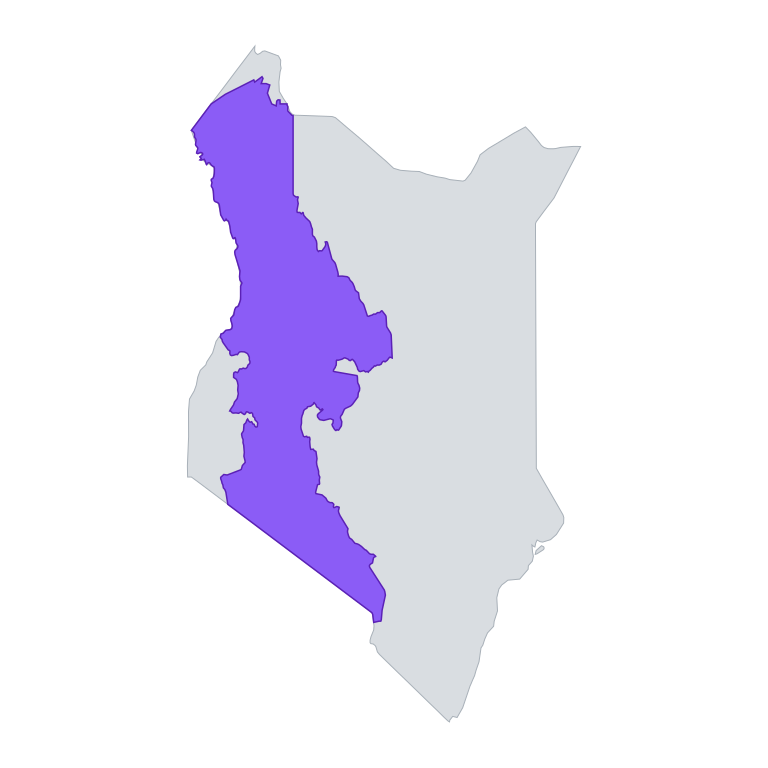 location of Rift Valley within Kenya
{"feature_id": "KEN-890", "entity_name": "Rift Valley", "entity_type": "Province", "adm_level": 1, "iso_a3": "KEN", "parent_name": "Kenya", "parent_adm1": "", "projection": "equal_earth", "projection_center": [36.059, 0.919], "detail": "fine", "context": "in_parent", "style": "filled", "palette": "violet", "viewbox_px": 768, "rotation_deg": 0, "n_neighbors": 0, "source": "natural_earth", "source_scale": "10m", "svg_char_len": 8865}
<svg xmlns="http://www.w3.org/2000/svg" viewBox="0 0 768 768"><path d="M187.6,477.0L187.4,465.7L188.6,436.9L188.5,411.6L189.5,399.0L194.2,390.9L196.3,385.1L197.8,377.0L200.3,370.3L205.8,364.9L206.8,361.9L212.6,352.9L216.1,341.3L218.7,337.4L222.0,333.7L224.3,331.8L228.2,329.9L231.2,328.8L231.7,327.9L232.0,326.0L231.0,318.8L232.2,316.4L234.3,311.6L236.6,307.2L238.7,304.3L239.9,301.4L240.5,296.3L240.6,292.7L240.5,286.9L239.9,273.6L237.4,262.4L235.9,250.0L237.0,245.9L235.1,238.6L234.1,238.2L232.5,236.6L230.5,229.7L229.0,223.4L228.0,221.8L221.4,216.3L218.1,203.4L214.5,200.5L212.5,187.6L212.1,184.0L214.2,171.1L214.0,168.2L211.8,165.5L205.6,162.7L200.6,157.4L201.2,155.6L201.6,153.6L198.9,152.3L191.3,130.4L201.2,117.2L211.2,103.8L224.0,87.0L235.7,71.4L245.9,58.0L254.9,46.1L254.7,48.4L254.7,51.4L255.9,53.2L257.7,54.5L260.3,53.2L262.6,51.3L264.8,50.9L278.4,55.9L280.7,60.2L280.5,64.9L281.1,68.3L280.1,71.7L278.9,82.0L279.3,91.4L283.3,98.4L287.0,103.9L289.9,111.6L292.0,114.0L294.9,115.2L304.3,115.5L318.1,116.0L331.4,116.5L332.7,116.7L335.5,117.7L347.7,128.1L359.0,137.6L368.5,145.9L377.7,154.0L386.7,161.8L393.6,168.3L400.5,170.3L411.6,171.2L419.3,171.5L426.5,174.2L437.1,176.8L445.0,178.1L449.8,179.6L463.0,181.1L465.2,180.2L471.0,173.0L477.5,161.3L480.1,154.8L488.5,148.4L503.4,139.5L513.8,133.2L525.5,126.9L530.8,132.4L538.1,141.2L541.4,145.5L544.0,147.5L548.0,148.7L552.8,148.8L555.4,148.6L560.8,147.4L573.4,146.4L580.6,146.5L574.6,158.2L567.3,172.2L554.0,198.0L543.8,211.5L536.2,221.8L535.5,223.6L535.5,235.1L535.6,263.0L535.8,319.0L536.0,375.0L536.2,430.9L536.3,458.9L536.3,468.3L543.0,480.1L549.6,491.5L558.4,506.8L563.0,514.9L563.8,517.6L563.6,523.1L556.4,534.5L550.5,539.7L542.6,542.1L540.2,541.7L537.1,540.0L535.8,542.8L534.9,547.0L533.2,546.1L531.9,544.9L532.6,552.4L533.4,556.2L532.3,561.2L528.4,565.6L528.1,569.3L519.7,579.1L507.9,580.2L501.7,585.0L498.9,589.0L496.8,597.7L497.5,610.9L494.2,621.2L493.6,626.3L487.5,632.9L484.8,639.0L482.8,645.2L481.0,647.9L479.0,661.8L476.1,670.2L475.3,673.0L474.6,675.6L472.4,680.5L471.0,683.9L470.0,686.1L462.7,707.7L457.1,717.5L452.7,716.4L449.8,720.1L449.5,721.9L447.9,720.9L444.2,717.4L436.7,710.0L429.1,702.7L421.6,695.4L414.0,688.0L406.5,680.7L398.9,673.4L391.4,666.1L383.8,658.7L379.4,654.4L377.4,651.9L375.9,646.8L375.2,645.6L373.2,644.0L370.8,643.6L370.1,642.7L370.1,640.2L371.0,636.7L373.7,630.0L374.0,626.0L373.5,621.5L372.6,614.3L371.9,612.7L366.9,608.9L356.4,601.0L345.9,593.1L335.4,585.2L324.9,577.3L314.4,569.4L303.9,561.5L293.4,553.6L282.9,545.7L272.4,537.8L261.9,529.9L251.4,522.0L240.9,514.1L230.3,506.2L219.8,498.3L209.3,490.4L198.8,482.5L194.9,479.6L191.3,477.0L187.6,477.0ZM537.0,553.8L535.2,554.4L536.1,550.6L541.5,545.7L543.7,546.8L544.1,547.9L544.0,548.9L543.1,549.9L537.0,553.8Z" fill="#d9dde1" stroke="#a8b0b8" stroke-width="1"/><path d="M278.1,99.8L280.0,100.0L280.1,103.9L287.0,103.9L287.1,105.1L287.8,106.6L287.7,110.4L288.0,111.3L291.8,115.2L293.1,115.6L293.1,193.6L293.5,195.2L294.5,196.0L296.2,197.0L297.9,196.8L298.2,197.2L297.5,199.9L298.2,203.6L296.9,210.8L297.2,212.2L297.9,212.5L299.9,212.4L300.9,213.6L301.4,213.8L302.7,212.5L303.1,212.6L303.8,215.4L305.8,217.8L309.7,221.5L310.6,223.7L311.5,227.0L312.4,229.2L312.4,234.3L312.8,235.8L314.4,237.1L316.4,241.1L316.8,243.8L316.8,246.9L317.1,249.7L318.4,251.5L319.6,250.7L321.6,250.9L322.2,250.6L325.0,246.7L325.5,245.4L325.8,244.0L325.2,242.0L326.4,241.7L327.0,241.9L327.4,242.4L331.7,258.5L332.0,259.3L334.9,262.7L335.6,264.3L337.8,272.0L338.2,274.2L338.1,276.2L342.2,276.1L347.1,276.7L348.8,277.7L350.1,280.3L352.2,282.4L353.1,283.9L354.3,286.8L355.2,290.0L356.1,291.0L358.5,292.8L359.3,298.7L360.8,301.2L362.9,303.4L363.8,304.9L367.4,316.0L368.7,316.3L370.2,315.6L372.1,315.1L373.6,314.1L375.6,314.1L377.5,312.6L379.7,312.6L380.8,311.4L381.7,310.8L382.1,310.9L385.3,315.0L385.9,316.0L386.1,317.0L386.6,326.0L386.9,327.1L390.5,332.9L391.2,335.0L392.2,358.0L390.2,357.2L389.5,357.3L387.2,360.3L385.2,361.8L384.6,361.7L384.0,361.2L383.3,361.3L382.1,362.3L381.3,364.0L380.6,364.5L379.1,365.1L377.3,365.0L375.4,366.1L374.3,365.9L373.4,367.1L371.9,368.3L370.2,370.3L369.0,371.1L368.3,372.2L367.3,371.5L365.5,371.9L363.8,370.6L360.2,371.6L359.0,371.1L357.7,369.3L357.3,367.4L354.7,361.8L352.5,359.4L351.7,359.5L350.5,360.6L349.3,360.4L348.0,359.1L344.9,357.8L344.1,358.0L342.0,359.2L338.3,360.2L336.8,360.1L336.4,360.6L336.2,365.2L335.6,366.1L335.2,367.5L333.6,369.8L333.4,371.2L334.2,371.6L357.0,375.6L357.4,376.8L357.6,381.8L357.9,383.2L359.0,385.3L359.7,388.1L359.5,390.4L358.3,392.9L357.9,396.9L352.4,404.4L350.6,406.0L345.9,408.2L344.4,409.2L342.1,414.4L340.8,416.0L340.4,417.1L340.5,418.3L341.8,421.7L341.5,425.2L341.2,426.2L338.7,430.0L338.1,430.2L337.0,429.6L336.0,430.5L335.5,430.4L334.4,429.2L332.4,425.9L332.0,424.3L332.9,423.2L333.3,420.2L333.1,419.9L330.3,418.7L323.8,420.4L319.9,419.7L319.2,419.1L317.6,417.0L317.4,415.5L317.5,414.8L318.3,413.7L322.6,410.1L322.9,409.5L322.3,408.9L320.5,410.0L319.9,409.8L318.8,408.1L316.6,406.8L315.9,404.8L314.1,402.6L313.7,402.9L313.3,404.1L310.7,406.2L307.5,406.8L306.9,408.2L304.9,409.3L303.8,410.5L302.9,413.8L302.1,415.7L301.5,418.3L301.5,423.2L300.8,426.7L301.1,429.1L303.5,436.3L304.5,436.8L306.7,436.3L307.4,437.4L309.1,437.1L309.6,437.4L310.0,439.2L309.7,441.7L310.1,446.6L310.7,449.4L313.4,449.2L314.1,450.5L315.9,451.4L316.0,451.7L317.0,458.7L316.5,462.1L316.8,464.9L318.6,471.2L318.6,473.8L318.9,475.2L319.8,477.0L319.3,480.1L319.6,483.7L319.3,484.3L317.9,484.5L317.5,484.8L315.6,492.3L315.9,493.6L322.0,494.9L325.9,498.2L327.2,500.7L328.2,501.7L330.0,502.6L331.6,502.6L332.4,502.8L333.8,504.3L333.4,506.7L333.7,507.5L334.6,507.5L336.7,506.5L339.0,507.1L339.2,507.5L338.4,510.9L338.8,512.8L340.0,515.6L348.0,528.7L347.5,531.0L347.6,532.5L348.5,535.7L349.5,537.9L351.8,539.5L354.9,543.3L357.3,543.9L358.7,544.5L361.4,546.4L364.8,549.6L366.3,550.3L369.4,553.6L370.9,554.3L373.4,554.3L375.6,556.2L375.7,556.5L374.2,557.1L373.5,557.9L372.5,562.9L370.4,564.2L369.5,565.3L369.4,566.1L369.7,567.3L384.3,590.0L384.8,591.6L385.4,595.1L382.1,610.3L381.3,619.8L380.8,621.2L379.1,621.2L373.7,622.4L372.7,614.4L371.9,612.7L227.8,504.3L225.9,492.3L224.8,489.5L223.4,487.9L222.8,484.7L222.1,483.4L221.5,480.8L220.7,478.8L220.7,477.3L223.8,474.5L227.2,475.0L240.4,469.9L241.3,469.3L242.4,465.5L245.2,462.4L245.0,460.7L243.9,456.2L244.3,452.4L243.7,445.3L243.0,442.7L243.1,439.7L242.2,437.5L241.6,434.5L241.7,433.6L243.5,430.8L244.0,424.5L245.8,422.8L246.9,419.9L247.6,419.0L248.6,420.8L249.9,422.1L250.5,422.2L251.4,421.7L251.8,421.9L252.8,423.9L254.1,424.3L254.8,426.1L255.8,427.0L256.8,427.0L257.3,426.6L257.7,423.0L257.3,422.2L255.0,419.8L254.7,417.9L253.0,416.4L252.6,413.8L251.7,412.7L251.1,412.6L250.3,413.2L249.8,413.3L247.7,412.0L246.6,411.8L246.2,412.1L245.4,413.8L244.2,414.5L242.1,413.2L241.2,412.2L240.3,412.3L238.6,413.3L236.0,412.9L233.1,413.1L232.1,412.7L230.8,411.2L229.7,411.0L230.5,409.4L233.5,405.0L234.5,402.0L237.2,398.6L238.3,393.8L237.7,390.1L238.1,385.4L237.4,381.8L236.4,379.4L233.6,377.4L233.6,374.1L234.0,372.6L235.4,371.9L237.5,372.6L238.2,371.8L239.4,369.3L240.0,368.8L241.5,369.0L243.2,368.1L244.8,368.6L245.9,368.5L247.2,367.2L248.0,365.0L249.7,363.5L250.0,362.2L249.9,361.2L249.3,360.0L249.3,357.2L247.9,354.2L247.2,353.4L244.4,351.9L241.3,351.7L239.5,352.0L238.9,352.6L237.4,354.7L236.1,354.4L233.4,355.3L231.6,355.6L230.4,355.0L229.8,353.4L229.9,351.4L229.7,350.6L228.2,349.9L223.1,342.7L222.2,340.9L222.1,339.6L220.3,337.3L220.9,334.0L223.3,333.2L225.0,331.1L226.0,330.2L230.1,329.7L231.7,328.7L232.3,326.0L231.8,323.4L230.9,320.7L230.7,318.3L233.7,315.1L234.7,309.7L235.8,307.4L237.9,306.5L238.4,305.9L240.3,300.7L240.6,299.2L240.6,286.3L241.9,283.2L241.7,282.5L240.1,280.3L239.8,279.2L239.5,276.5L240.0,270.9L235.0,254.6L234.7,252.0L235.1,250.4L237.0,248.7L237.7,247.5L237.9,246.0L237.4,244.9L236.1,243.0L235.5,238.5L235.0,237.6L234.6,237.7L233.8,238.7L233.2,238.6L232.7,238.0L230.6,232.2L229.9,226.4L228.7,221.7L228.4,221.1L226.7,220.1L226.1,219.2L225.8,219.9L224.6,220.9L223.9,220.6L223.5,220.0L220.7,214.9L219.3,204.9L218.7,203.5L217.7,202.6L215.3,201.7L214.3,200.8L213.8,199.3L213.3,191.1L212.7,188.5L211.4,186.4L211.3,185.6L212.0,182.6L211.2,180.4L211.2,179.7L211.5,179.1L212.9,178.4L213.8,176.4L214.3,173.8L214.4,168.4L214.1,167.0L211.5,165.4L209.9,163.1L209.0,162.6L207.7,163.1L206.7,164.7L206.2,164.2L205.4,161.6L204.3,159.3L201.0,160.2L199.9,159.9L201.2,158.5L200.6,157.5L199.9,157.1L199.8,156.8L202.1,155.1L202.7,154.2L202.5,153.3L201.4,152.6L200.5,152.5L197.8,153.7L196.6,153.1L196.7,152.0L197.8,148.8L197.7,147.7L195.8,145.5L195.5,144.5L196.0,140.7L195.9,139.2L194.5,137.0L194.5,134.1L193.9,132.5L192.8,131.4L191.3,130.4L211.2,103.9L225.3,94.3L253.8,79.9L254.7,82.1L262.0,76.7L263.0,78.4L261.2,83.6L266.1,83.6L269.8,85.0L267.4,93.2L271.7,103.9L276.2,105.9L276.7,101.1L278.1,99.8Z" fill="#8b5cf6" stroke="#5b21b6" stroke-width="1.5"/></svg>